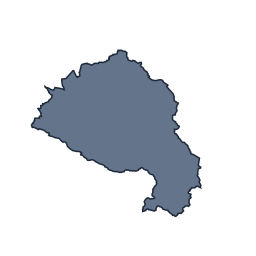 the district of Huaytara, Huancavelica, Peru, rotated 120°
{"feature_id": "86281439B71606603555549", "entity_name": "Huaytara", "entity_type": "district", "adm_level": 2, "iso_a3": "PER", "parent_name": "Peru", "parent_adm1": "Huancavelica", "projection": "equal_earth", "projection_center": [-75.141, -13.636], "detail": "fine", "context": "isolated", "style": "filled", "palette": "slate", "viewbox_px": 256, "rotation_deg": 120, "n_neighbors": 0, "source": "geoboundaries", "source_scale": "gbopen_adm2", "svg_char_len": 5780}
<svg xmlns="http://www.w3.org/2000/svg" viewBox="0 0 256 256"><g transform="rotate(120 128 128)"><path d="M153.9,40.3L154.3,42.9L154.0,43.5L152.7,43.7L152.2,43.2L151.2,42.9L150.7,43.7L149.8,43.0L148.1,43.0L147.6,42.1L147.1,41.8L146.7,40.7L145.6,39.8L145.0,40.0L144.4,39.8L143.9,39.3L143.6,38.3L143.6,37.3L143.4,35.4L143.0,36.0L142.3,35.9L141.2,36.3L140.4,37.3L140.2,38.1L138.8,39.7L137.7,39.4L136.5,40.4L135.3,42.5L135.0,43.9L134.7,44.1L134.2,44.2L133.9,44.5L133.4,44.2L131.1,45.7L128.6,46.7L127.6,46.6L127.1,45.6L126.4,45.2L125.9,45.2L125.5,45.8L125.6,47.0L125.1,48.5L118.4,51.0L118.3,57.7L118.5,59.3L119.0,60.4L117.5,61.6L117.5,62.5L116.3,63.2L114.7,66.3L113.3,67.5L113.1,69.3L112.4,71.8L112.4,72.3L113.1,73.3L113.2,73.7L112.5,75.7L111.7,77.1L111.4,78.4L111.5,79.6L110.9,79.6L110.2,80.2L110.0,81.3L109.1,82.9L109.0,83.3L109.4,83.8L109.4,84.2L108.7,85.7L108.3,85.9L107.9,85.8L106.7,86.5L106.0,87.2L105.8,87.0L105.4,85.9L104.3,84.9L102.9,84.3L101.0,84.3L100.8,84.8L100.9,86.2L100.0,87.7L99.6,89.3L98.9,89.7L98.7,90.0L99.0,91.4L98.6,93.3L97.7,94.3L96.9,94.4L95.9,95.2L94.3,95.5L93.2,93.7L92.5,93.7L91.0,94.5L89.7,94.1L89.1,94.1L88.2,94.4L87.3,95.6L86.3,96.0L85.6,96.5L85.0,96.5L84.0,96.9L82.7,96.6L81.9,97.0L81.3,96.9L81.5,98.5L81.3,99.3L81.3,100.7L81.2,101.7L79.7,102.6L79.0,103.5L78.0,103.4L75.9,106.0L72.8,115.2L72.1,115.2L71.7,114.8L70.9,114.9L70.7,119.5L70.4,120.5L69.7,121.4L69.5,122.2L69.8,123.7L70.3,124.6L73.1,127.7L73.9,129.5L74.4,131.6L73.9,135.6L73.2,135.1L72.7,135.1L72.2,136.4L72.1,137.6L71.2,137.6L70.7,138.6L70.0,139.4L69.8,141.1L70.0,141.9L69.6,142.5L69.6,143.4L68.7,144.2L68.5,145.0L68.2,145.4L68.3,146.6L67.9,148.1L67.6,148.5L67.0,148.7L65.8,148.3L64.6,149.4L65.4,150.7L66.3,151.1L67.0,151.8L66.7,153.6L66.9,154.8L66.4,155.4L66.9,157.5L67.2,157.8L67.7,157.8L68.4,158.2L68.8,161.3L68.8,162.2L68.6,162.5L67.4,163.2L67.2,164.4L66.5,164.9L66.2,165.4L65.1,165.7L64.9,166.1L63.4,166.5L63.2,167.0L63.3,167.6L63.0,168.9L64.0,170.7L63.9,172.1L64.5,173.6L65.3,174.1L65.2,174.9L65.7,175.5L66.7,175.2L67.1,175.3L68.2,174.8L69.2,174.7L70.8,176.1L71.2,176.9L71.7,177.1L71.9,177.8L72.5,177.6L74.8,179.5L75.3,179.3L75.4,179.7L75.8,179.9L76.9,179.5L77.1,178.9L77.4,178.9L77.7,179.2L78.2,178.6L78.6,179.0L79.0,178.9L79.7,179.3L80.0,180.0L81.5,180.1L82.6,181.5L83.5,182.0L84.0,182.7L84.2,183.8L84.9,184.5L85.4,185.7L85.9,186.0L86.7,185.9L87.0,186.2L88.7,189.3L91.8,190.9L91.9,193.2L92.6,194.8L92.3,195.5L93.0,196.2L93.4,197.2L96.0,199.6L97.4,199.8L98.7,199.2L102.1,198.4L103.3,197.8L104.2,198.2L104.6,197.6L106.8,195.8L108.3,196.5L108.5,197.1L109.3,196.9L109.5,197.3L108.7,199.3L107.4,200.9L107.0,201.8L105.5,203.7L105.8,204.3L115.8,206.4L116.4,206.7L118.8,209.8L121.1,208.3L124.2,205.8L125.0,204.0L126.7,202.4L127.3,205.7L129.5,211.5L132.1,211.2L133.0,212.8L133.2,214.5L133.1,216.5L133.8,219.3L133.6,220.5L134.2,220.0L134.3,217.7L135.4,216.3L135.7,215.2L136.7,214.6L137.7,211.3L137.6,209.9L137.9,209.6L138.4,209.8L139.6,209.2L142.3,209.7L143.3,210.3L143.7,210.0L144.2,210.3L145.3,210.1L147.6,212.4L148.9,212.6L149.6,214.0L150.3,213.5L151.0,213.4L152.2,214.8L154.1,213.5L154.6,213.5L155.4,214.2L155.8,215.3L156.2,215.7L157.7,212.3L158.6,211.2L158.8,210.5L160.0,210.1L161.2,208.8L161.4,209.2L161.7,210.1L162.3,210.5L163.1,210.2L163.8,209.6L164.0,210.3L165.0,211.5L165.7,213.1L166.1,213.5L167.0,213.4L168.2,212.5L168.7,212.9L169.8,212.5L170.7,213.0L171.3,212.4L172.4,213.1L173.1,212.9L173.6,213.1L174.4,212.4L175.3,211.2L175.2,210.7L174.7,210.3L174.4,209.7L174.1,204.6L173.2,204.6L172.7,203.1L172.6,201.8L171.9,199.8L172.6,195.9L172.5,195.5L171.7,194.4L172.4,193.0L173.1,193.3L173.9,193.2L174.1,192.2L173.1,189.2L172.9,186.6L171.6,182.9L171.5,182.1L172.6,179.2L172.8,177.1L171.9,176.5L171.7,176.0L171.7,175.3L172.0,173.6L174.2,171.3L174.5,169.6L174.9,168.4L175.2,164.7L174.0,160.8L173.0,159.1L172.7,157.8L172.6,155.9L172.8,155.6L174.2,156.0L174.9,155.4L174.3,153.7L175.3,150.9L175.1,149.2L176.1,147.0L176.0,146.4L174.7,144.4L173.5,143.6L173.1,142.1L173.2,139.2L173.5,138.5L173.2,136.9L173.3,134.8L172.7,133.3L172.6,131.7L172.3,130.4L172.5,129.4L173.2,128.6L172.7,126.5L173.6,124.2L173.6,122.6L173.1,121.2L172.9,119.2L172.5,118.0L170.9,114.8L170.8,113.4L169.7,111.5L169.1,111.2L167.7,109.4L166.7,109.6L165.6,109.1L165.2,108.7L165.1,107.7L164.5,107.3L164.1,106.6L164.2,105.0L163.4,104.2L163.1,103.3L163.0,102.5L162.1,101.7L161.8,100.4L161.0,99.2L160.2,98.7L159.7,98.1L159.1,97.8L158.1,98.0L157.3,97.3L157.2,97.0L156.0,96.8L155.5,96.5L155.3,94.9L155.7,94.2L155.8,93.4L155.5,92.1L155.5,91.4L155.1,90.8L155.2,89.7L155.3,89.3L156.1,88.4L156.4,87.1L156.8,86.6L156.5,84.4L156.1,82.9L157.1,81.2L157.5,80.2L158.7,79.2L159.1,78.0L159.9,76.5L161.1,76.3L161.6,75.5L163.2,75.1L165.1,75.7L166.6,75.8L167.2,75.5L168.5,75.9L171.5,74.2L172.6,74.2L173.9,73.8L174.7,72.9L174.6,71.6L174.7,70.8L175.3,69.9L176.3,70.4L177.3,72.3L178.2,72.6L178.5,73.5L178.2,75.1L178.8,75.9L179.7,76.8L180.6,76.8L181.1,77.1L183.7,77.1L184.7,76.0L185.3,75.1L186.5,74.7L187.5,74.8L189.0,75.5L189.8,74.6L191.0,74.8L192.1,73.9L193.0,73.5L190.6,71.4L190.0,71.7L189.5,71.5L188.2,70.3L188.1,69.8L188.4,69.4L188.4,68.9L187.7,68.2L187.7,66.9L187.4,66.4L187.3,65.7L186.7,63.7L186.2,63.6L185.9,63.1L185.1,62.6L184.4,63.3L183.5,63.6L182.8,63.4L181.7,63.7L180.4,63.0L180.3,61.2L179.9,59.7L180.0,58.6L180.8,57.3L180.3,54.7L179.3,52.2L180.1,51.4L179.9,50.4L180.5,49.8L180.6,49.1L180.7,46.6L181.4,45.7L180.6,44.6L180.9,43.5L180.7,42.8L180.4,42.3L179.5,42.3L178.9,41.8L178.1,41.6L177.1,42.1L176.6,41.2L176.0,40.8L175.7,39.8L175.2,39.1L174.6,39.2L172.3,38.4L171.6,38.7L171.4,39.8L170.9,40.2L170.1,40.5L169.3,40.4L168.9,39.8L168.1,39.7L166.2,38.7L165.7,37.2L165.7,36.6L164.1,35.9L163.1,36.4L162.2,37.9L159.2,39.3L158.0,39.1L157.5,38.7L156.5,38.8L156.2,39.3L156.2,40.0L153.9,40.3Z" fill="#64748b" stroke="#1e293b" stroke-width="1.5"/></g></svg>